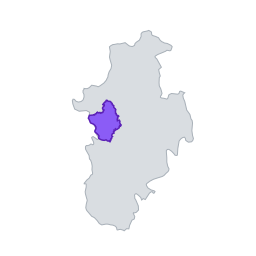 Branicevski on a map of Republic of Serbia (Mercator projection), rotated 222°
{"feature_id": "SRB-279", "entity_name": "Branicevski", "entity_type": "District", "adm_level": 1, "iso_a3": "SRB", "parent_name": "Republic of Serbia", "parent_adm1": "", "projection": "mercator", "projection_center": [21.622, 44.446], "detail": "fine", "context": "in_parent", "style": "filled", "palette": "violet", "viewbox_px": 256, "rotation_deg": 222, "n_neighbors": 0, "source": "natural_earth", "source_scale": "10m", "svg_char_len": 7383}
<svg xmlns="http://www.w3.org/2000/svg" viewBox="0 0 256 256"><g transform="rotate(222 128 128)"><path d="M142.9,100.8L148.3,102.5L150.7,104.1L152.0,106.2L155.4,107.6L161.0,108.3L164.8,110.4L167.0,114.0L170.6,113.1L175.5,107.8L180.3,106.4L185.1,109.0L187.7,111.1L188.1,112.7L187.0,113.4L184.4,113.1L182.2,114.1L180.5,116.4L180.2,118.9L181.4,121.6L183.1,123.4L185.3,124.4L186.5,125.8L186.6,127.5L187.2,128.0L185.9,128.8L184.6,130.0L183.8,132.1L183.6,135.5L179.4,138.1L177.8,138.6L177.1,140.3L176.0,145.2L176.1,148.9L176.7,150.8L177.0,152.3L178.3,154.2L179.6,157.1L180.4,160.9L182.2,163.8L186.9,166.7L189.2,168.3L190.9,170.8L192.3,172.9L196.1,175.9L195.8,177.9L195.0,180.0L194.1,180.9L192.2,183.5L190.3,185.0L187.2,189.5L182.3,189.8L181.2,190.2L179.3,191.4L178.4,193.7L179.3,195.5L179.2,197.4L178.3,201.0L179.5,204.8L181.2,206.6L181.5,207.6L181.2,209.4L178.6,213.0L177.9,214.4L175.3,215.0L174.4,214.7L173.1,213.4L171.8,213.1L168.8,214.5L165.7,215.5L163.2,214.8L160.8,214.7L159.1,215.3L157.9,215.5L155.4,217.1L151.4,218.2L149.6,218.0L148.9,216.5L148.1,214.4L148.5,213.4L151.1,211.8L151.4,210.2L155.1,202.5L155.8,200.0L155.8,199.2L154.9,198.6L152.8,198.6L143.9,195.5L144.3,191.9L141.7,190.0L138.8,188.2L138.4,186.3L135.2,182.4L132.9,180.2L130.0,179.1L127.4,177.5L125.9,176.5L125.2,174.7L125.2,173.6L124.5,172.5L123.2,172.7L121.2,174.1L118.6,175.4L118.2,176.3L119.1,178.5L119.8,179.8L119.5,181.1L118.7,182.8L113.7,186.4L113.2,187.7L114.1,189.8L113.5,190.7L109.4,192.1L109.6,190.9L109.3,189.1L106.9,187.2L103.6,185.7L96.3,180.6L93.4,180.0L90.9,179.4L87.3,176.9L85.4,176.5L83.3,174.8L78.8,168.8L75.0,165.6L72.4,164.0L71.6,162.4L71.5,160.8L71.6,160.2L73.6,157.9L75.1,157.6L77.0,157.5L78.3,158.7L80.0,158.9L81.0,157.4L81.5,155.2L81.3,152.5L77.2,146.0L73.6,141.5L73.2,140.5L74.0,139.7L75.2,139.2L76.5,139.6L80.0,139.9L83.3,139.5L84.4,138.4L84.4,136.9L83.2,135.6L79.3,131.9L76.3,128.6L72.8,126.1L70.2,125.1L69.4,123.8L69.1,122.4L69.4,119.9L69.5,116.7L70.2,114.7L72.5,110.9L74.8,106.9L76.2,103.0L76.9,99.3L76.7,98.3L75.5,97.5L73.0,96.8L69.5,97.4L66.6,98.8L65.4,98.9L65.0,97.2L65.5,96.5L66.4,96.6L67.2,96.9L68.0,96.2L68.5,94.0L67.3,86.4L69.5,85.7L69.5,84.6L69.7,83.6L72.0,84.9L75.2,85.0L78.0,84.7L78.4,84.0L78.4,82.9L77.8,82.0L76.8,81.3L76.1,80.3L74.2,79.8L68.2,77.0L65.3,74.1L65.4,71.0L66.3,69.3L67.3,68.7L67.0,68.1L63.7,66.7L62.5,64.6L63.4,62.1L61.7,56.8L59.9,53.6L61.7,52.2L61.9,50.2L62.1,49.0L62.8,49.0L65.7,47.7L66.7,46.6L67.4,45.3L68.1,45.0L70.0,46.4L72.0,46.5L74.3,45.7L76.1,44.4L78.1,43.4L79.1,42.7L80.2,41.7L82.7,38.4L85.4,37.8L89.0,38.6L93.0,38.9L95.9,38.1L103.4,39.1L105.0,39.8L106.1,40.6L108.0,43.4L109.9,47.0L112.5,48.6L115.6,50.6L117.2,52.0L119.6,56.2L121.5,58.3L122.1,58.2L122.7,57.7L123.1,57.2L123.6,57.6L123.6,58.9L123.8,61.8L123.3,64.8L124.0,67.7L124.0,68.6L123.5,69.4L123.6,70.1L124.2,70.9L126.8,72.8L129.1,75.7L131.8,77.8L134.3,79.1L135.9,79.2L138.5,81.5L143.6,83.2L145.2,83.8L146.4,84.8L147.2,85.9L147.2,87.1L146.4,87.7L145.3,89.3L144.9,91.2L144.1,91.7L143.2,91.8L142.7,92.4L142.8,93.2L143.5,94.0L144.5,94.7L146.6,95.5L148.6,96.5L148.6,97.4L148.1,98.3L145.6,98.7L143.7,98.8L142.8,99.2L142.9,100.8Z" fill="#d9dde1" stroke="#a8b0b8" stroke-width="1"/><path d="M142.9,100.8L143.5,101.3L144.1,102.5L144.6,102.8L147.4,103.1L149.4,102.9L150.1,103.1L150.6,103.6L150.9,104.4L151.1,105.2L151.4,106.1L152.6,107.3L154.2,107.8L155.9,107.8L157.4,107.4L158.6,106.9L159.2,106.8L159.7,106.9L162.7,108.4L163.8,108.6L164.1,108.9L165.0,111.2L165.1,111.8L164.5,112.2L163.6,113.2L163.2,113.6L163.0,113.8L162.7,114.2L162.6,114.3L162.5,114.5L162.5,114.8L162.4,114.9L162.3,115.0L162.1,115.0L161.9,115.0L161.7,115.2L161.6,115.3L161.8,115.5L161.8,115.8L161.8,116.0L161.8,116.3L161.6,116.5L161.6,116.8L161.5,117.1L161.4,117.2L161.3,117.4L161.3,117.5L161.2,117.5L161.2,117.8L161.4,118.3L161.4,118.5L161.5,118.6L161.4,118.8L161.3,119.2L161.3,119.3L161.2,119.3L160.8,119.4L160.7,119.4L160.4,119.3L160.2,119.4L159.9,119.6L159.8,119.8L159.7,119.9L159.7,120.0L159.3,120.6L159.2,120.7L159.2,120.8L158.9,120.8L158.6,120.6L158.4,120.6L158.1,120.7L158.1,120.8L158.0,121.0L158.0,121.6L157.9,121.7L157.9,121.8L157.8,122.0L157.7,122.0L157.4,122.2L157.3,122.3L157.2,122.5L157.2,122.8L157.2,123.1L157.3,123.3L157.7,123.7L157.7,123.8L157.8,123.9L157.8,124.0L157.6,124.4L157.6,124.5L157.8,125.0L157.9,125.3L158.3,125.2L158.7,125.0L158.8,125.0L159.0,125.0L159.4,125.3L159.5,125.3L159.9,125.4L160.0,125.5L160.3,125.9L160.4,126.0L160.5,126.2L160.5,126.3L160.5,126.6L160.6,127.0L160.5,127.3L160.5,127.5L160.6,127.8L160.6,128.1L160.5,128.4L160.5,128.6L160.6,128.8L160.8,129.0L161.0,129.2L161.1,129.3L161.3,129.3L161.4,129.2L161.5,129.1L161.8,128.8L161.8,128.7L162.0,128.6L162.3,128.5L162.5,128.6L162.5,128.8L162.4,129.1L162.3,129.3L162.4,129.5L162.5,129.8L162.6,130.0L162.6,130.3L162.5,130.6L162.5,130.8L162.5,131.2L162.5,131.5L162.6,131.8L162.5,132.0L162.4,132.1L162.2,132.3L162.1,132.5L162.2,132.8L162.3,133.2L162.3,133.3L162.4,133.5L162.6,133.7L162.7,133.8L162.6,134.0L162.4,134.3L162.3,134.5L162.2,134.5L161.7,134.6L161.1,134.5L160.8,134.6L160.6,134.7L160.4,134.8L160.2,134.9L160.0,135.0L159.7,135.3L159.4,135.6L159.2,135.8L158.9,135.8L158.6,135.8L158.2,135.9L157.7,135.8L157.3,135.5L157.2,135.5L156.7,135.7L156.3,135.7L156.1,135.6L155.9,135.4L155.7,135.2L155.5,134.9L155.4,134.9L154.9,134.8L154.7,134.8L154.5,135.0L154.3,135.1L154.2,135.1L153.9,135.1L153.7,135.1L153.4,135.0L153.4,134.9L153.2,134.8L153.2,134.7L153.1,134.4L152.7,134.0L152.6,133.9L152.4,133.8L152.2,133.8L152.0,133.7L151.7,133.8L151.4,133.8L151.1,133.7L150.9,133.6L150.7,133.7L150.5,133.8L150.4,133.8L150.2,133.7L149.8,133.6L149.6,133.5L149.4,133.5L149.3,133.4L149.2,133.3L149.2,133.1L149.1,132.8L149.0,132.5L148.9,132.4L148.6,132.2L148.3,131.8L148.2,131.7L147.9,131.5L147.5,131.1L147.3,130.8L147.1,130.6L146.9,130.7L146.7,130.7L146.5,130.8L146.4,130.7L146.1,130.6L145.8,130.2L145.7,130.2L145.4,130.0L144.7,130.1L144.4,130.1L144.2,130.3L144.1,130.5L143.5,130.6L143.2,130.7L142.9,130.6L142.7,130.5L142.7,130.4L142.9,130.0L142.9,129.9L143.0,129.6L143.2,129.4L143.2,129.2L142.9,129.0L142.7,128.9L142.4,128.8L142.3,128.5L142.1,128.3L142.0,128.2L142.1,127.8L142.1,127.7L141.9,127.4L141.8,127.2L141.4,126.9L140.7,126.3L140.5,126.7L140.4,126.9L140.4,127.0L140.3,127.4L140.2,127.5L139.9,128.0L139.7,128.0L139.4,127.8L139.1,127.8L138.8,127.7L138.7,127.7L138.3,127.4L138.2,127.2L138.1,126.8L138.0,126.7L137.6,126.4L137.3,126.2L137.2,126.1L136.8,126.0L136.7,126.0L136.5,125.9L136.4,125.8L136.2,125.7L135.9,125.7L135.4,125.8L135.0,125.5L135.0,125.2L135.2,124.9L135.0,124.6L135.6,124.6L135.8,124.4L135.7,124.0L135.2,123.7L135.4,123.1L135.2,122.8L134.9,122.6L134.8,122.4L134.7,121.9L134.7,121.6L134.8,121.4L135.0,120.8L135.1,120.1L135.4,119.4L135.8,118.9L136.8,118.9L136.7,118.6L136.5,118.3L136.2,118.1L135.9,118.0L136.1,117.0L136.4,117.2L136.5,117.2L136.8,117.0L136.6,116.9L136.4,116.8L136.1,116.7L136.3,116.0L136.3,115.7L136.1,115.7L135.9,115.9L135.7,115.5L135.5,114.9L135.0,114.8L135.0,114.5L135.4,114.0L135.7,113.6L135.7,113.0L135.4,112.3L135.2,111.7L134.9,111.4L134.5,111.3L133.8,111.3L133.9,110.4L133.2,109.3L133.6,108.8L133.5,108.5L133.0,108.1L132.7,107.9L132.8,107.6L132.9,107.1L133.0,106.9L132.6,106.8L132.4,106.6L132.3,106.2L132.2,105.7L133.6,105.5L134.4,104.8L134.7,104.6L135.2,104.6L136.0,104.7L136.4,104.5L136.7,104.1L136.9,103.5L137.2,103.1L138.4,102.2L139.9,101.4L141.5,100.9L142.9,100.8Z" fill="#8b5cf6" stroke="#5b21b6" stroke-width="1.5"/></g></svg>